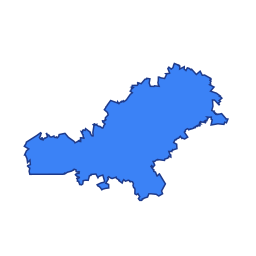 Mangaung, Free State, South Africa, rotated 112°
{"feature_id": "47623444B22599792684232", "entity_name": "Mangaung", "entity_type": "district", "adm_level": 2, "iso_a3": "ZAF", "parent_name": "South Africa", "parent_adm1": "Free State", "projection": "albers", "projection_center": [26.542, -29.381], "detail": "fine", "context": "isolated", "style": "filled", "palette": "blue", "viewbox_px": 256, "rotation_deg": 112, "n_neighbors": 0, "source": "geoboundaries", "source_scale": "gbopen_adm2", "svg_char_len": 5766}
<svg xmlns="http://www.w3.org/2000/svg" viewBox="0 0 256 256"><g transform="rotate(112 128 128)"><path d="M51.0,70.1L50.2,76.8L51.3,78.9L48.3,82.4L52.8,84.7L49.7,91.0L50.5,91.4L49.9,93.0L49.8,94.1L50.0,95.5L53.0,95.8L52.3,98.0L50.1,98.8L54.0,102.2L51.1,103.2L50.6,104.6L50.8,104.8L51.1,104.7L51.0,105.1L50.8,105.2L50.8,109.2L52.8,109.2L55.2,108.9L57.2,110.0L56.3,112.9L58.0,113.3L61.5,109.9L62.0,110.3L63.5,113.3L63.9,112.3L68.4,112.6L69.2,116.4L69.1,118.1L69.4,118.9L72.5,117.7L74.9,117.2L76.2,116.1L76.3,116.2L77.7,114.8L79.0,119.3L79.7,119.4L81.0,122.9L78.4,125.2L74.2,126.1L74.9,129.2L75.6,129.1L76.4,130.5L82.0,132.4L82.3,135.8L82.6,135.7L82.7,135.9L82.9,135.8L82.9,134.9L85.0,135.4L86.9,140.0L88.3,139.6L88.6,139.9L88.4,138.2L90.0,138.9L90.0,139.5L92.5,139.3L93.0,139.7L93.7,137.2L96.0,138.5L102.5,140.0L105.2,141.7L104.5,142.6L106.2,143.5L105.8,144.1L107.9,145.2L108.8,145.5L107.6,147.4L108.7,147.1L109.0,154.4L114.5,155.8L114.8,155.7L116.9,156.4L117.4,156.2L119.9,156.8L121.3,152.8L123.3,151.3L126.9,152.8L128.5,152.3L128.5,151.7L129.1,151.7L129.2,152.4L130.2,152.4L130.9,154.3L131.8,153.7L132.9,150.8L134.4,151.3L137.2,151.2L137.7,151.9L137.0,154.8L137.5,155.3L137.1,158.0L136.3,158.3L137.6,159.6L136.6,160.4L136.6,160.5L137.9,161.6L138.4,160.5L145.3,158.9L148.3,157.4L148.8,158.3L148.2,159.6L146.3,161.6L146.0,161.5L144.5,167.1L146.3,166.9L146.5,168.6L146.9,168.7L147.1,169.1L148.6,168.7L148.8,170.1L151.3,167.3L151.2,167.1L153.6,165.8L153.7,165.1L154.0,165.0L154.7,168.2L155.0,168.4L156.1,167.6L156.8,167.6L157.1,167.9L157.0,167.5L157.2,167.2L158.3,166.8L158.8,169.1L161.6,171.6L161.2,172.0L160.5,173.4L159.0,179.8L156.6,184.3L156.8,184.8L159.9,189.4L161.9,189.1L163.7,190.0L163.6,190.5L163.1,190.9L164.2,192.0L164.0,193.1L163.2,193.7L165.0,195.5L165.4,196.9L164.3,198.5L164.4,198.8L164.3,199.4L164.4,199.6L164.3,199.9L164.1,200.0L164.1,200.7L163.9,200.9L163.9,201.2L163.6,201.4L163.8,201.6L166.1,199.3L168.6,201.0L168.5,201.4L170.1,202.2L170.9,202.2L170.9,202.8L170.6,203.2L169.9,203.3L169.3,203.8L169.6,204.4L170.3,204.3L170.8,203.8L171.1,204.0L171.1,204.8L170.1,206.5L169.9,206.5L169.7,206.4L169.4,206.5L168.6,206.3L168.2,206.4L167.4,206.3L166.2,206.6L165.6,206.4L165.4,206.5L165.4,207.0L165.2,207.3L169.2,209.8L179.1,216.9L180.9,216.7L183.8,217.3L184.6,212.2L187.2,213.6L191.8,213.8L191.6,212.9L194.2,210.2L197.7,208.2L194.5,206.9L198.5,204.8L200.4,206.8L200.9,206.9L201.9,204.6L202.0,204.0L205.1,203.5L207.7,201.7L195.1,170.7L193.7,169.8L194.2,169.4L191.7,167.6L189.0,164.1L187.9,163.4L187.5,162.8L187.0,162.9L187.0,162.6L186.4,162.3L186.3,162.1L186.4,161.6L186.2,160.7L186.8,160.2L187.7,159.9L187.9,159.5L187.6,158.2L186.8,157.1L186.9,156.7L187.9,156.7L188.5,156.4L188.9,157.4L189.5,158.3L190.1,158.9L191.0,159.3L191.2,159.0L191.9,157.1L191.8,156.2L192.0,155.5L191.9,154.7L192.3,154.5L193.0,155.0L193.2,155.4L193.4,156.2L193.6,156.5L194.0,156.6L194.4,155.8L195.0,155.3L196.2,155.1L196.0,153.6L197.1,153.0L197.7,152.0L198.5,151.7L198.1,149.8L196.8,149.0L193.6,149.8L192.3,147.8L191.4,145.3L186.7,145.9L185.8,144.6L184.9,144.9L182.7,140.5L185.4,137.2L184.1,137.0L182.6,135.6L181.1,133.7L186.2,129.7L187.4,130.1L188.9,132.3L192.2,135.4L193.0,134.3L193.0,133.6L193.2,132.3L193.8,131.1L195.1,129.1L194.2,128.6L192.4,126.2L190.8,123.4L187.6,124.8L187.5,127.9L182.6,127.1L181.6,128.2L180.4,127.7L180.9,125.0L180.8,123.8L178.0,120.5L179.0,119.9L179.6,116.6L180.2,116.7L181.2,112.8L178.7,112.9L177.5,112.6L178.3,110.4L176.3,108.2L176.2,106.8L176.8,106.6L177.1,105.8L176.5,105.2L176.2,104.0L176.3,103.6L177.6,102.1L179.3,101.9L181.2,100.4L181.2,99.4L182.4,98.5L186.4,97.0L186.7,95.1L185.2,94.2L187.3,91.4L189.6,91.9L190.7,90.0L190.0,88.3L189.5,88.0L188.4,88.2L187.9,87.2L186.9,86.7L184.7,84.0L181.2,84.0L180.4,82.1L178.9,77.0L179.5,74.0L176.0,71.3L173.8,73.3L165.8,72.4L158.8,81.7L159.2,82.0L161.5,82.9L161.6,83.2L158.6,86.0L158.6,87.8L157.7,88.1L157.1,88.4L157.3,88.9L156.1,90.3L156.1,90.9L155.5,91.3L155.1,92.3L154.0,92.0L154.9,90.1L152.4,89.3L149.6,92.2L148.9,90.7L147.0,89.7L146.5,88.4L146.1,88.6L144.4,82.0L143.0,82.2L141.2,80.0L140.8,79.9L140.3,79.3L139.8,79.6L138.7,79.5L138.9,77.4L136.9,78.3L136.8,79.2L134.4,81.4L133.6,79.2L133.3,79.1L133.3,78.7L132.9,78.9L132.7,78.7L132.4,78.8L132.0,78.3L131.6,78.4L131.7,78.1L131.4,78.0L128.8,74.9L124.8,76.8L124.4,80.2L121.4,80.0L121.3,79.6L121.0,79.6L120.7,79.4L120.8,79.0L120.7,78.8L119.3,78.5L118.6,77.4L117.5,76.7L117.0,76.9L116.5,76.5L116.1,76.4L117.4,74.2L117.0,74.1L117.0,71.4L114.1,69.2L110.7,74.2L110.1,74.2L109.5,73.6L108.6,74.0L108.2,74.0L106.3,72.6L106.3,72.3L106.9,70.9L106.5,70.8L106.0,70.2L105.5,69.9L105.5,69.7L105.6,69.3L105.0,68.9L104.7,68.3L103.4,66.8L102.9,67.0L102.5,66.8L102.3,66.5L102.4,65.7L102.1,65.6L101.4,65.8L100.4,65.2L100.5,64.5L99.6,64.5L99.5,64.3L99.8,64.0L99.8,63.8L99.1,63.5L98.8,63.1L99.2,62.5L99.1,62.2L98.9,62.1L98.3,62.5L98.2,63.1L98.0,63.3L97.3,63.4L97.2,62.8L97.0,62.3L96.7,63.4L95.9,63.6L95.8,63.3L95.8,62.7L95.5,62.5L95.3,62.5L95.2,62.9L94.9,63.0L94.8,61.7L94.6,61.0L94.6,60.4L94.0,59.9L93.3,59.8L94.2,58.9L94.2,58.2L93.8,58.1L93.6,58.2L93.1,58.2L92.5,58.7L91.9,58.8L91.8,58.7L91.9,58.3L91.6,57.6L90.1,57.8L89.7,57.8L89.6,57.5L89.0,57.4L88.4,57.6L88.4,58.1L88.2,58.7L87.6,56.8L86.7,54.8L88.7,54.2L88.9,53.0L94.1,52.1L90.4,46.2L88.7,40.4L86.4,40.5L86.3,38.7L82.3,38.7L82.8,40.6L82.7,40.6L79.6,46.6L81.7,49.7L81.5,49.8L82.4,51.2L82.4,51.6L81.8,51.5L81.9,52.7L81.5,52.6L81.4,53.6L81.0,53.6L80.9,54.5L80.2,54.5L80.4,54.9L80.4,56.9L76.0,57.4L70.4,60.2L69.7,58.2L72.4,52.3L72.0,52.1L70.8,53.5L68.8,52.3L68.3,53.8L65.2,52.1L64.7,52.9L64.3,55.1L63.7,54.7L62.6,59.0L62.9,65.3L57.8,63.6L57.3,68.6L57.0,68.4L56.7,67.8L56.4,67.7L55.2,68.7L53.5,68.6L53.1,69.8L52.2,69.3L51.9,69.2L51.6,69.4L51.7,70.1L51.4,70.3L51.0,70.1Z" fill="#3b82f6" stroke="#1e3a8a" stroke-width="1.5"/></g></svg>